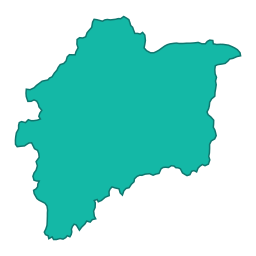 outline of Santa Rita de Jacutinga, Minas Gerais, Brazil
{"feature_id": "56859067B71709510616947", "entity_name": "Santa Rita de Jacutinga", "entity_type": "district", "adm_level": 2, "iso_a3": "BRA", "parent_name": "Brazil", "parent_adm1": "Minas Gerais", "projection": "natural_earth1", "projection_center": [-44.096, -22.111], "detail": "fine", "context": "isolated", "style": "filled", "palette": "teal", "viewbox_px": 256, "rotation_deg": 0, "n_neighbors": 0, "source": "geoboundaries", "source_scale": "gbopen_adm2", "svg_char_len": 3084}
<svg xmlns="http://www.w3.org/2000/svg" viewBox="0 0 256 256"><path d="M26.3,89.2L26.0,93.1L26.3,96.7L27.9,101.4L31.1,101.3L34.0,99.9L36.7,101.1L38.3,103.9L39.0,106.9L41.8,110.3L39.8,113.2L38.8,116.4L40.4,119.0L37.2,120.2L33.5,120.7L31.1,120.7L28.3,119.7L25.5,122.6L21.5,121.6L19.3,122.6L18.6,125.2L18.6,128.8L16.4,132.8L15.7,136.9L15.4,140.3L15.5,144.3L17.2,146.7L21.2,146.2L24.5,145.9L26.8,144.3L28.9,143.0L31.6,142.8L33.1,145.8L34.5,148.7L37.6,150.4L38.8,153.6L39.2,157.3L36.1,161.6L37.4,165.8L36.1,170.2L34.1,172.9L32.9,176.3L34.0,180.2L36.6,181.0L39.2,181.1L37.8,184.1L37.6,186.9L35.9,189.0L33.6,190.3L34.2,193.7L35.6,196.2L37.0,198.6L39.1,200.2L41.9,201.6L45.0,203.2L47.0,206.0L47.6,210.1L47.4,212.9L47.4,215.9L47.3,219.1L47.2,222.1L47.0,225.4L45.8,229.1L44.3,232.1L45.5,234.6L48.2,235.8L48.8,238.7L52.1,236.9L53.6,239.5L56.4,239.5L60.0,238.5L63.1,239.1L65.7,237.6L67.3,235.7L69.9,236.8L71.2,234.5L71.8,231.9L71.4,229.1L72.4,226.5L74.1,224.2L76.3,225.0L78.0,227.8L79.4,230.2L81.6,227.2L84.9,224.0L86.7,221.1L90.2,222.1L92.3,219.6L95.7,218.8L94.3,216.2L93.6,211.0L95.1,207.5L95.3,202.9L94.2,200.5L97.1,199.5L98.3,201.8L101.5,200.4L105.2,197.2L109.2,195.6L109.0,191.7L109.9,189.3L112.0,186.9L115.0,187.9L119.0,188.8L120.2,192.9L122.4,195.1L123.9,190.7L126.1,188.4L129.1,187.7L131.4,184.2L134.0,181.8L134.5,178.8L137.0,176.4L139.7,175.2L141.9,175.3L145.3,174.1L149.6,173.7L153.1,175.2L155.7,174.1L159.0,173.4L161.0,168.9L163.0,167.5L165.4,167.2L168.5,167.5L171.3,165.7L173.9,166.0L175.9,167.7L178.2,167.8L180.4,168.8L182.5,172.9L184.7,174.3L187.0,175.6L189.9,174.7L191.6,171.3L194.0,170.6L196.6,171.9L198.0,168.2L199.8,166.3L202.3,164.5L205.0,165.7L208.4,164.1L209.8,159.9L208.7,156.3L209.4,153.1L209.6,148.5L209.6,144.3L211.3,140.9L214.7,138.9L216.2,135.7L215.6,132.9L214.8,130.0L213.3,127.3L213.6,124.1L213.7,120.2L211.0,117.1L208.1,114.7L207.0,112.0L208.6,108.7L209.3,105.9L209.7,102.2L211.7,98.8L214.8,96.2L215.0,92.3L215.6,88.9L216.2,84.8L215.5,81.0L216.5,77.3L215.1,73.8L214.8,69.5L215.3,65.8L217.5,64.7L219.8,64.3L222.0,64.0L225.1,63.4L227.7,61.3L229.7,59.0L232.8,58.4L236.9,56.6L240.6,55.8L240.0,52.7L237.4,49.7L234.9,48.1L232.3,46.8L228.6,45.2L223.4,44.4L220.3,44.3L216.6,44.5L213.3,43.8L212.8,40.5L209.7,40.1L207.3,41.4L205.3,43.8L201.8,43.8L198.2,42.4L194.4,42.9L190.2,43.2L186.8,43.2L182.7,43.5L179.1,43.5L176.5,43.1L174.0,43.3L169.9,43.9L167.3,44.7L164.8,46.0L162.1,47.9L159.1,50.1L156.4,51.6L153.8,52.8L150.5,52.8L146.6,50.7L144.1,47.9L144.8,44.2L145.4,40.4L144.8,35.1L142.6,32.4L140.2,34.1L137.6,33.4L134.8,33.4L133.6,30.2L132.6,27.3L130.7,25.5L129.9,22.7L128.8,19.6L126.5,18.1L123.7,16.5L120.7,18.7L118.3,18.6L115.5,19.3L110.4,19.9L107.3,19.5L104.9,19.9L102.4,21.2L99.5,20.4L96.8,19.7L94.1,19.3L92.6,22.1L91.7,27.4L89.3,30.1L87.1,32.7L85.7,36.8L82.7,38.0L79.6,37.7L77.1,39.5L76.9,44.2L78.1,47.8L76.0,51.7L75.1,54.8L72.5,54.8L69.4,54.7L67.2,56.9L66.1,60.9L63.7,63.5L60.2,64.6L58.2,67.4L56.9,70.2L54.3,73.2L52.1,76.8L49.6,78.0L47.8,80.0L45.2,80.5L42.1,81.2L39.1,83.5L36.5,85.4L34.1,87.8L30.1,89.7L26.3,89.2Z" fill="#14b8a6" stroke="#0f766e" stroke-width="1.5"/></svg>